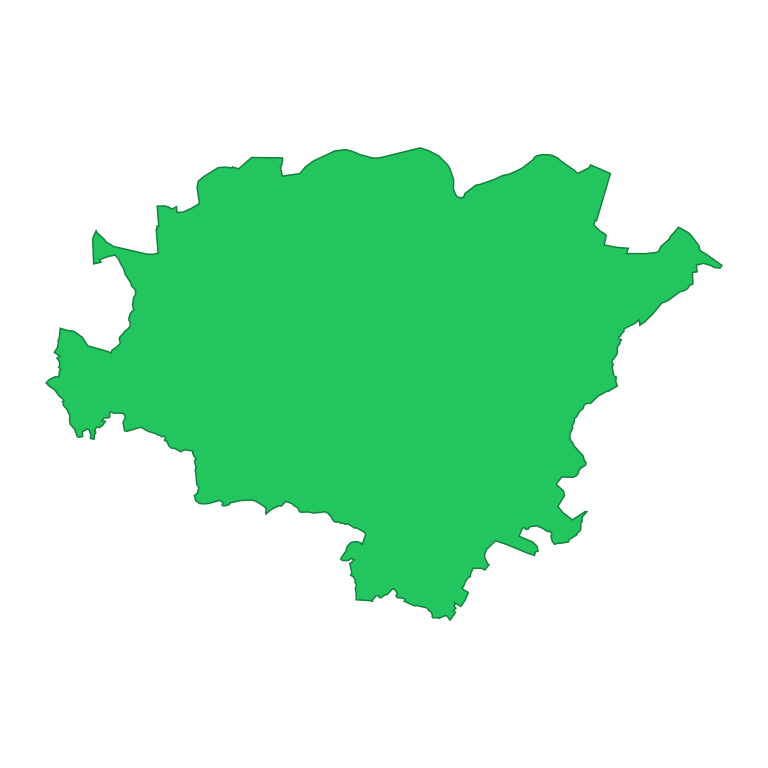 outline of Branistea, Bistrita-Nasaud, Romania
{"feature_id": "2599482B22928448752539", "entity_name": "Branistea", "entity_type": "district", "adm_level": 2, "iso_a3": "ROU", "parent_name": "Romania", "parent_adm1": "Bistrita-Nasaud", "projection": "natural_earth1", "projection_center": [24.066, 47.15], "detail": "fine", "context": "isolated", "style": "filled", "palette": "green", "viewbox_px": 768, "rotation_deg": 0, "n_neighbors": 0, "source": "geoboundaries", "source_scale": "gbopen_adm2", "svg_char_len": 6066}
<svg xmlns="http://www.w3.org/2000/svg" viewBox="0 0 768 768"><path d="M586.8,511.6L585.1,511.6L572.4,519.9L562.9,512.7L557.9,506.4L564.6,495.4L563.4,490.9L556.6,484.7L556.6,483.6L561.7,477.0L572.8,477.3L576.0,476.0L578.2,473.7L578.8,470.4L579.6,470.1L580.6,467.8L581.9,467.6L585.8,464.9L585.9,462.6L585.4,461.3L584.4,461.1L583.3,456.1L573.6,445.4L573.3,443.8L570.4,440.0L569.8,436.6L570.1,433.8L572.7,428.2L572.2,425.2L573.4,424.1L574.5,420.3L574.5,417.8L576.3,417.2L579.7,411.3L583.3,408.2L584.2,404.7L587.2,403.4L590.7,403.2L598.3,396.0L606.6,391.4L608.5,391.2L617.4,386.0L615.7,381.3L616.3,377.1L613.8,375.8L612.0,365.9L613.2,365.1L612.9,363.8L611.9,362.6L612.0,361.0L616.6,354.9L617.3,352.3L617.3,346.9L619.8,343.9L620.1,341.4L621.5,340.1L620.6,339.3L619.2,339.2L618.8,336.8L620.8,335.9L620.8,334.6L623.9,331.4L624.1,328.8L634.6,323.6L639.1,319.8L639.9,325.3L645.0,321.6L653.0,313.7L661.6,303.2L668.4,300.3L680.1,291.6L684.2,290.7L686.8,289.2L688.4,287.6L689.4,285.5L693.0,283.9L692.4,272.6L697.1,271.8L696.4,264.6L698.7,264.7L703.3,263.3L710.3,265.3L714.8,267.6L720.0,268.1L721.9,265.4L706.9,254.7L700.0,250.5L698.8,245.4L691.1,235.4L688.2,232.6L678.6,227.2L670.0,237.0L669.5,238.8L661.1,246.3L658.3,251.7L655.2,252.6L645.0,253.7L626.3,253.5L628.4,248.3L616.3,247.3L604.2,245.0L606.2,235.6L605.4,234.4L599.6,230.7L594.0,225.2L595.0,220.3L596.5,220.7L610.4,173.6L590.6,164.9L589.1,167.7L577.8,173.5L574.5,170.4L561.6,161.5L558.1,158.3L553.5,155.8L549.3,154.8L542.7,154.6L537.5,155.5L535.2,156.7L532.5,160.2L522.1,168.2L516.8,170.8L509.4,174.1L501.9,175.8L495.0,179.2L479.8,184.5L475.9,185.1L465.1,193.3L463.5,197.3L459.8,197.9L456.5,196.2L453.4,189.5L453.6,179.6L449.9,168.7L447.8,165.1L439.0,156.1L428.6,150.6L420.1,147.9L380.8,157.6L376.2,158.1L372.1,157.9L359.4,154.4L353.5,151.8L346.0,149.6L334.9,150.9L313.2,161.1L305.6,166.7L299.8,173.6L282.4,176.1L280.3,167.2L281.0,166.8L282.0,163.4L282.6,160.2L282.4,157.9L251.6,157.5L238.7,168.8L232.5,167.0L231.6,167.9L225.3,167.1L218.1,167.7L203.9,176.5L198.3,181.2L197.1,187.0L199.4,203.7L191.4,208.3L183.1,212.1L176.9,212.5L176.5,206.7L172.1,209.1L168.6,207.1L164.7,205.9L157.2,206.2L158.8,226.3L156.9,226.2L157.3,229.1L156.2,229.2L158.1,253.1L153.0,254.3L147.0,254.2L113.7,246.5L106.3,242.1L104.5,239.6L97.2,232.8L96.1,230.8L92.8,238.3L92.7,240.0L93.7,263.9L101.1,262.2L99.4,259.7L108.5,256.4L115.2,255.1L118.9,259.5L120.3,263.1L123.5,268.5L125.2,274.2L130.7,282.7L131.5,285.9L135.2,289.7L135.7,293.6L134.8,296.0L133.5,297.7L132.9,302.9L132.3,304.2L133.7,309.8L130.3,313.2L128.9,318.3L129.0,320.5L130.1,322.1L130.3,326.1L127.1,329.7L124.9,331.1L123.0,333.9L120.3,336.5L119.2,338.2L120.3,343.4L116.5,347.1L111.8,350.3L111.0,353.0L107.2,351.3L87.7,345.8L82.4,337.4L75.2,332.2L72.4,330.9L67.9,330.6L60.2,328.3L59.3,337.7L58.0,341.0L58.3,343.3L57.4,347.6L54.3,352.4L60.0,356.4L56.9,358.1L59.2,361.2L59.7,363.1L59.5,366.0L58.6,367.4L61.2,369.5L59.7,370.5L59.3,371.5L59.3,374.5L58.3,377.2L55.6,376.7L52.9,377.7L49.5,379.5L46.1,382.8L48.8,385.8L54.9,390.1L58.8,395.5L63.2,399.5L64.0,400.8L62.6,401.4L63.0,401.7L63.4,405.5L67.0,409.4L69.7,415.4L69.6,420.6L70.2,424.2L74.7,429.3L77.1,436.3L78.7,437.4L82.7,436.5L82.3,433.1L82.8,431.6L85.3,430.3L86.0,429.2L87.0,429.1L89.2,429.8L89.7,432.2L90.9,433.8L90.4,438.5L94.0,439.2L94.4,434.3L95.4,433.7L95.8,432.1L94.5,431.2L95.3,430.1L95.2,428.9L97.3,427.0L99.5,427.6L102.6,425.3L105.4,421.3L101.8,420.9L103.9,418.1L109.5,417.6L109.7,413.5L110.6,412.0L112.7,412.4L113.5,413.2L120.7,413.1L123.5,413.7L125.1,416.0L125.2,418.1L123.0,422.3L124.5,430.7L127.0,431.3L140.8,427.2L148.3,431.4L156.1,433.7L157.1,434.7L160.5,435.6L161.1,436.5L162.1,436.8L164.2,435.8L165.4,437.8L164.6,440.6L166.7,441.1L169.0,446.1L171.5,448.1L174.6,448.4L180.9,451.8L182.7,450.4L185.5,449.8L193.0,451.1L192.6,453.1L194.1,456.4L196.3,458.6L194.5,460.5L196.2,468.9L195.4,469.2L195.2,471.0L195.8,473.2L196.8,484.5L199.1,488.0L197.7,490.7L197.6,492.9L194.4,495.5L195.6,500.6L199.5,503.5L204.5,503.9L209.5,503.3L219.7,500.4L222.8,502.5L222.1,505.3L223.9,506.0L229.1,504.7L229.7,503.4L231.3,502.6L241.0,500.5L252.0,500.1L255.4,501.0L263.0,505.6L265.1,507.5L266.5,509.0L265.6,512.1L266.1,514.0L270.3,510.2L273.5,508.2L279.2,505.7L281.3,506.2L285.8,501.3L292.4,503.9L293.9,505.7L297.8,507.7L299.2,511.1L300.5,512.2L308.8,512.0L313.4,513.1L325.2,511.8L328.0,513.3L331.4,517.2L332.2,519.1L334.5,521.8L336.9,522.1L338.7,521.7L340.7,523.3L343.0,523.0L345.4,524.4L347.6,523.6L354.7,528.1L356.7,527.9L363.9,532.0L365.0,533.0L365.6,534.8L362.1,544.4L361.5,544.5L361.4,543.5L360.6,542.8L357.3,541.7L352.6,542.0L350.5,542.9L347.2,546.6L346.0,550.9L341.6,557.2L340.8,559.1L341.9,560.2L343.3,560.5L346.6,560.6L349.2,560.0L350.6,558.5L354.5,559.8L349.8,563.6L351.6,572.0L351.6,573.7L350.6,575.3L353.7,577.0L355.3,580.2L355.0,582.4L356.6,585.4L355.2,588.7L356.1,591.9L356.2,599.8L369.7,600.6L372.5,601.3L372.4,600.0L376.2,595.7L378.3,595.7L379.2,596.4L379.2,597.6L381.2,597.7L384.8,594.9L387.1,594.6L392.8,588.8L393.6,588.8L395.8,590.8L397.2,593.3L397.5,594.3L396.0,595.3L397.1,597.5L403.7,598.4L405.2,600.0L404.2,601.3L414.7,605.9L417.3,605.6L426.4,607.8L428.3,609.2L428.5,610.2L431.3,612.1L432.3,615.1L432.1,616.6L432.9,617.8L437.9,617.6L438.5,618.4L445.5,615.5L447.0,616.0L450.0,620.1L455.5,612.4L453.6,610.9L455.9,608.3L454.0,605.7L455.0,604.6L454.5,602.7L460.8,606.5L465.2,600.1L468.4,592.5L463.4,589.7L462.3,587.7L464.0,585.5L464.5,583.3L467.2,579.0L468.4,577.5L470.4,576.6L470.5,573.9L473.0,568.4L481.4,568.2L484.8,570.0L489.0,564.8L488.1,564.5L485.1,558.4L484.6,555.2L485.1,553.2L486.4,549.7L495.5,540.8L506.3,544.3L527.3,553.1L534.5,555.4L535.3,552.0L538.1,551.1L537.2,546.5L532.4,541.9L519.0,536.2L522.2,528.8L522.9,528.1L524.1,527.6L526.1,529.4L527.2,529.4L528.1,529.3L529.5,526.8L536.8,525.9L542.3,528.1L547.1,531.3L548.4,531.6L549.6,531.1L551.6,533.0L551.7,534.6L550.9,536.0L552.1,540.9L554.4,544.3L558.7,543.1L559.6,543.4L568.4,542.0L569.2,539.6L577.0,534.6L577.2,533.1L580.1,531.0L580.9,528.4L580.8,523.2L582.1,521.7L582.0,519.0L582.5,516.7L586.8,511.6Z" fill="#22c55e" stroke="#15803d" stroke-width="1.5"/></svg>